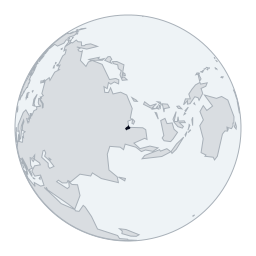 Thanh Hóa on an orthographic globe, rotated 300°
{"feature_id": "VNM-456", "entity_name": "Thanh Hóa", "entity_type": "Province", "adm_level": 1, "iso_a3": "VNM", "parent_name": "Vietnam", "parent_adm1": "", "projection": "orthographic", "projection_center": [105.367, 19.958], "detail": "medium", "context": "on_globe", "style": "filled", "palette": "ink", "viewbox_px": 256, "rotation_deg": 300, "n_neighbors": 0, "source": "natural_earth", "source_scale": "10m", "svg_char_len": 10853}
<svg xmlns="http://www.w3.org/2000/svg" viewBox="0 0 256 256"><g transform="rotate(300 128 128)"><circle cx="128" cy="128" r="113" fill="#eef3f6" stroke="#a8b0b8"/><path d="M232.4,167.1L232.2,167.8L232.4,167.1ZM180.9,28.5L179.2,27.8L180.3,29.9L184.3,32.7L180.5,30.7L190.6,37.9L193.6,42.0L188.0,36.2L185.6,34.7L186.5,36.6L184.3,35.6L183.4,36.1L180.7,34.8L177.7,31.9L175.9,31.1L176.6,32.6L174.3,32.5L173.5,30.4L169.5,30.1L163.7,26.0L163.8,22.7L158.3,20.6L152.4,18.0L150.7,17.7L147.6,17.1L156.3,19.0L164.7,21.5L172.9,24.7L180.9,28.5ZM145.3,16.7L144.1,16.5L145.3,16.7ZM141.7,16.2L142.3,16.3L141.5,16.3L139.6,16.1L139.1,15.9L139.9,16.0L138.8,15.9L141.7,16.2ZM135.5,15.6L135.3,15.6L135.0,15.6L135.5,15.6ZM232.2,85.3L232.2,85.2L232.2,85.3ZM232.1,85.1L232.2,85.3L232.1,85.1ZM232.3,85.5L232.2,85.1L232.2,85.3L232.3,85.5ZM232.1,85.3L232.0,85.2L231.8,84.7L232.1,85.3ZM187.7,35.2L186.9,34.2L188.4,35.5L187.7,35.2ZM183.8,36.4L184.7,37.1L183.9,37.1L183.8,36.4ZM179.0,35.2L177.4,35.1L178.5,34.6L179.0,35.2ZM176.1,34.8L172.2,35.0L173.9,36.4L167.0,32.8L172.6,33.6L173.7,32.7L174.4,33.9L176.1,34.8ZM143.3,16.5L142.4,16.3L144.9,16.7L143.3,16.5ZM145.1,16.7L153.8,18.5L154.2,18.9L151.2,18.1L153.1,18.9L149.0,18.2L147.1,17.6L147.6,17.4L145.6,17.3L145.1,16.7ZM163.8,31.0L162.4,30.8L163.3,30.5L163.8,31.0ZM141.3,16.3L143.0,16.5L143.5,16.8L140.2,16.4L141.1,16.4L141.3,16.3ZM155.6,19.6L155.4,19.9L152.0,19.3L151.5,19.4L149.0,18.2L155.6,19.6ZM140.1,16.3L138.5,16.3L136.6,16.0L139.7,16.1L140.1,16.3ZM145.1,17.1L145.1,17.3L144.0,17.0L145.1,17.1ZM128.9,15.5L131.0,15.5L131.4,15.7L128.9,15.5ZM138.0,16.3L138.7,16.4L139.1,16.5L137.6,16.5L138.0,16.3ZM146.8,18.0L145.4,17.8L147.6,18.5L145.2,18.3L144.0,17.6L143.5,17.8L142.7,17.7L142.6,17.3L146.8,18.0ZM137.4,16.9L135.0,16.2L131.1,16.0L130.7,15.8L137.0,16.2L137.4,16.9ZM140.5,17.1L138.5,16.9L138.9,16.7L140.5,16.7L140.5,17.1ZM144.0,18.4L148.0,18.9L148.2,19.1L144.0,18.4ZM136.2,16.8L136.8,17.0L135.9,16.8L136.2,16.8ZM141.5,17.9L142.9,18.0L143.0,18.2L141.5,17.9ZM136.8,17.3L136.1,17.1L137.1,17.0L136.8,17.3ZM138.9,17.6L138.7,17.8L138.0,17.2L139.5,17.6L138.9,17.6ZM141.4,18.1L141.9,18.2L140.8,18.0L141.4,18.1ZM133.2,17.8L132.0,17.0L134.4,16.8L135.2,17.6L133.2,17.8ZM39.7,58.0L38.9,60.6L38.2,62.1L34.7,66.3L30.9,76.8L33.9,74.1L34.0,81.4L36.4,83.9L43.5,75.8L39.7,71.3L42.6,66.3L48.5,66.0L52.3,70.5L53.6,68.7L54.1,62.7L58.0,60.7L54.7,60.4L53.8,62.7L51.6,62.7L52.3,60.7L53.7,59.9L53.4,58.1L47.0,62.4L45.4,65.2L42.7,63.3L39.8,67.9L38.0,69.0L42.2,61.7L44.1,59.6L49.4,51.1L47.2,53.0L42.1,61.3L42.3,60.1L39.2,63.2L41.8,59.9L48.0,50.9L47.6,49.7L42.9,54.2L51.6,45.3L50.4,46.5L53.0,44.2L58.1,39.8L56.8,41.1L58.6,39.8L57.9,40.8L61.5,39.1L61.6,40.0L67.3,36.6L68.1,36.8L64.5,38.6L62.0,40.6L62.7,43.6L64.0,43.3L67.7,41.0L67.4,42.4L70.9,39.8L73.3,40.8L73.2,37.6L77.5,35.4L81.3,34.8L82.7,33.6L76.5,34.6L74.0,35.7L71.9,37.4L65.2,40.3L64.0,40.0L71.0,35.1L70.1,34.3L75.9,31.3L89.2,29.5L92.6,30.5L89.1,36.6L85.8,37.4L85.5,35.5L81.9,39.2L84.0,37.9L83.8,39.2L87.8,37.8L87.9,38.7L91.7,36.1L92.2,37.0L89.8,38.6L96.1,37.9L98.3,39.6L99.7,39.1L100.7,38.0L102.8,41.2L103.8,40.7L103.4,39.4L105.1,37.6L109.0,35.9L109.5,37.1L108.2,37.9L106.2,41.6L102.6,43.8L103.3,44.2L106.5,42.6L108.9,38.0L111.0,36.6L110.4,38.7L110.8,37.8L112.0,37.5L113.7,38.5L114.7,36.2L127.6,32.7L132.2,34.6L130.2,36.6L139.7,36.6L144.2,39.4L143.9,38.1L148.3,37.7L146.9,36.7L147.1,36.1L157.7,35.4L160.6,36.5L164.9,35.4L164.7,34.9L162.8,34.0L167.0,32.8L173.9,36.4L173.9,37.4L178.3,39.2L177.7,41.6L179.2,44.6L176.0,46.6L177.5,49.1L179.1,49.6L182.2,53.6L183.4,60.8L175.7,52.8L172.6,43.1L173.2,46.7L171.1,45.4L170.1,46.5L170.7,49.3L172.0,49.9L162.7,53.0L160.3,60.8L165.4,60.7L168.6,63.3L170.2,73.8L160.7,87.7L164.8,92.7L165.1,96.0L161.5,97.8L161.0,93.1L157.4,91.2L157.6,88.4L151.7,90.3L151.8,86.5L147.2,90.1L148.9,93.3L154.1,92.8L150.0,98.0L155.3,103.7L155.9,110.4L147.0,121.9L137.9,125.0L137.3,127.1L133.8,124.5L129.0,128.4L135.6,140.7L135.4,144.2L127.6,150.2L127.4,147.6L117.9,140.7L116.1,148.7L123.3,156.0L125.8,164.0L120.2,161.2L117.7,154.1L114.3,151.4L115.3,144.4L112.6,133.6L107.0,135.0L107.5,130.8L103.0,121.4L94.9,123.2L82.1,132.5L80.3,143.1L75.9,147.0L70.9,130.2L71.3,119.6L67.8,119.7L64.0,109.5L52.6,105.2L52.5,102.2L50.0,102.6L47.6,98.6L48.0,93.8L45.8,93.0L45.2,105.8L47.7,106.6L51.8,103.5L51.1,107.7L53.6,112.7L45.5,120.2L31.1,122.5L32.2,114.3L34.2,89.4L35.5,87.3L35.6,87.1L35.8,86.6L33.4,89.7L34.6,85.1L30.8,101.4L29.1,107.9L30.8,122.9L30.0,123.8L31.3,127.3L38.6,127.9L38.1,130.5L33.1,140.7L25.3,152.1L27.8,163.8L29.7,172.8L28.0,175.9L31.5,183.3L31.1,184.2L33.2,188.1L34.7,191.1L35.2,191.8L30.9,185.1L27.1,178.1L23.8,170.8L21.1,163.4L18.8,155.7L17.1,147.9L16.0,140.1L15.4,132.1L15.4,124.2L16.0,116.2L17.1,108.3L18.8,100.6L21.0,92.9L23.7,85.4L27.0,78.2L30.7,71.2L35.0,64.4L39.7,58.0ZM53.9,80.4L57.8,83.1L60.5,76.4L62.2,77.0L62.5,74.7L60.6,76.0L61.9,69.9L65.2,69.3L67.0,66.8L65.8,65.8L59.5,67.9L57.6,76.4L54.8,78.2L53.9,80.4ZM68.7,32.6L67.0,33.7L65.1,34.9L65.1,34.6L67.9,32.9L68.7,32.6ZM65.1,35.3L72.1,31.0L72.4,31.3L71.0,31.8L70.5,32.4L68.2,33.4L61.7,38.2L59.6,39.6L60.7,37.8L61.5,37.5L63.1,36.2L65.1,35.3ZM89.2,22.5L92.2,21.4L89.0,23.3L86.6,24.1L86.3,23.7L89.1,22.5L89.2,22.5ZM130.6,15.4L130.9,15.4L137.2,15.7L137.2,15.9L135.6,15.9L134.1,15.8L134.5,15.7L132.2,15.7L131.7,15.5L129.9,15.5L124.1,15.4L130.6,15.4ZM112.5,16.4L112.4,16.5L114.6,16.2L115.2,16.2L113.2,16.4L116.6,16.1L120.2,16.2L125.1,16.0L126.6,16.2L124.6,16.4L127.5,16.5L124.8,16.9L125.8,17.1L124.1,18.0L119.8,18.4L121.2,18.6L120.1,19.5L116.5,20.1L117.6,19.3L112.9,20.7L112.3,19.9L111.8,20.1L110.0,19.8L106.9,20.0L107.2,19.6L105.9,19.9L104.7,19.9L102.9,20.1L102.8,19.6L100.7,20.0L101.9,19.6L98.3,20.4L100.9,19.6L99.6,19.7L97.7,20.4L101.0,18.6L112.5,16.4ZM132.6,18.0L127.6,18.3L124.8,18.2L128.8,16.8L128.3,16.6L130.8,16.1L134.8,16.4L133.7,16.5L132.4,16.5L133.2,16.8L131.8,17.0L132.1,17.3L130.3,17.3L132.6,18.0ZM39.5,61.2L39.3,61.9L39.5,62.6L37.6,64.7L39.5,61.2ZM43.6,55.0L41.1,58.2L41.3,57.5L43.6,55.0ZM46.1,52.9L44.0,54.9L45.2,53.4L46.1,52.9ZM64.8,38.8L65.3,39.0L64.4,39.6L63.2,40.2L64.8,38.8ZM102.3,25.2L103.4,24.4L104.1,24.4L107.8,23.3L108.5,23.9L106.5,24.9L102.3,25.2ZM41.6,76.5L39.6,77.5L39.8,76.3L40.5,76.2L41.6,76.5ZM37.5,70.7L37.4,73.2L37.0,71.3L37.5,70.7ZM103.7,25.7L105.2,25.1L104.6,25.8L103.7,25.7ZM109.3,24.4L109.0,25.1L109.1,23.9L109.3,24.4ZM83.8,227.9L86.1,229.1L84.6,228.8L83.8,227.9ZM39.1,177.1L41.1,191.0L38.4,189.4L35.7,184.4L33.5,175.5L35.9,174.6L36.5,171.0L39.1,177.1ZM154.1,182.4L157.5,182.8L157.3,183.3L154.1,182.4ZM150.6,180.8L154.5,180.9L149.9,181.8L150.6,180.8ZM156.0,181.0L159.9,180.0L161.6,179.2L161.3,180.2L156.0,181.0ZM148.0,180.8L133.7,180.4L128.0,178.8L129.3,177.1L138.5,178.0L148.0,180.8ZM128.9,177.0L120.2,171.5L108.4,155.6L112.6,156.2L125.0,166.2L124.2,167.7L129.5,172.0L128.9,177.0ZM149.9,168.5L149.0,173.1L141.1,172.5L137.5,171.7L135.0,165.6L136.4,162.6L139.4,162.8L150.8,152.6L154.8,155.2L151.3,159.6L154.5,163.7L149.9,168.5ZM80.7,144.2L83.0,151.0L80.6,151.6L80.7,144.2ZM155.4,145.2L150.8,149.8L155.0,143.7L155.4,145.2ZM157.9,139.4L158.2,141.8L156.3,139.5L157.9,139.4ZM137.2,130.4L134.1,130.8L134.0,129.1L138.0,127.6L137.2,130.4ZM156.3,116.2L156.3,121.1L155.7,122.8L154.3,119.8L156.3,116.2ZM111.8,32.5L105.8,33.2L101.9,34.6L100.4,36.6L99.9,34.3L105.9,32.1L111.8,32.5ZM125.6,32.5L126.8,31.0L128.0,31.7L127.9,32.1L125.6,32.5ZM125.1,31.6L123.4,29.9L125.2,29.1L126.2,30.6L125.1,31.6ZM113.3,27.2L111.5,27.3L112.0,26.6L113.3,27.2ZM206.1,208.9L206.4,208.9L203.2,211.9L199.2,215.2L196.4,217.2L206.1,208.9ZM181.2,222.1L182.2,219.6L186.0,218.6L183.5,221.1L181.2,222.1ZM208.8,206.2L211.7,203.1L213.9,200.0L212.3,202.5L213.3,201.6L207.0,208.3L208.8,206.2ZM170.0,212.8L148.2,219.5L143.6,218.9L145.3,216.4L142.0,208.8L143.6,209.0L143.2,203.6L156.3,198.5L165.9,189.0L172.7,189.2L178.2,182.1L185.0,182.0L182.6,187.5L189.3,190.3L194.8,177.7L197.9,189.8L202.1,193.3L202.1,200.5L190.8,214.1L185.3,217.2L184.7,216.4L182.3,217.9L179.2,217.9L178.4,214.5L176.0,215.9L178.7,212.8L175.1,215.7L173.9,213.4L170.0,212.8ZM218.3,183.2L219.1,183.2L219.9,184.8L218.7,184.9L218.3,183.2ZM230.4,170.8L230.5,171.5L229.8,172.3L230.4,170.8ZM232.1,167.9L231.3,168.9L232.4,167.1L232.1,167.9ZM223.5,174.4L223.8,175.0L223.4,175.5L223.5,174.4ZM223.2,174.3L223.9,172.9L223.6,174.1L223.2,174.3ZM220.1,168.8L220.6,168.0L220.8,168.4L220.1,168.8ZM162.4,182.8L167.2,179.1L169.7,178.7L162.4,182.8ZM219.4,167.6L218.2,167.9L218.3,167.1L219.4,167.6ZM219.6,166.0L219.5,165.0L220.2,167.1L219.6,166.0ZM217.2,164.4L218.7,165.8L217.0,164.7L217.2,164.4ZM216.2,164.9L215.1,164.4L215.2,164.1L216.2,164.9ZM202.3,168.9L206.7,174.0L203.0,174.5L198.8,171.5L195.3,175.4L187.5,175.7L189.3,173.4L188.4,170.2L180.1,169.6L178.4,167.5L181.4,165.9L175.9,164.5L181.9,163.2L184.4,167.4L187.8,163.7L193.6,164.0L199.1,164.9L203.4,167.5L202.3,168.9ZM181.9,172.8L182.9,172.8L181.9,174.1L181.9,172.8ZM212.9,162.5L214.5,164.3L214.3,164.8L213.5,164.7L212.9,162.5ZM204.4,166.6L209.0,162.3L210.1,162.1L207.0,166.7L204.4,166.6ZM208.0,160.1L210.1,160.2L211.2,162.1L210.7,162.7L208.0,160.1ZM169.5,169.5L169.2,170.7L167.6,169.8L169.5,169.5ZM171.5,168.7L176.3,169.8L171.1,169.7L171.5,168.7ZM156.8,164.7L158.2,167.6L162.8,165.7L159.3,168.4L162.3,173.1L161.3,174.9L158.3,169.8L157.1,175.2L155.1,175.1L154.1,170.5L156.1,164.9L158.1,162.6L166.3,161.5L156.8,164.7ZM171.5,165.1L170.2,161.8L171.2,159.5L172.6,161.2L171.5,165.1ZM166.4,153.7L162.9,149.7L159.8,151.3L166.1,145.6L168.4,150.3L166.4,153.7ZM163.4,145.0L160.5,146.4L163.4,143.1L163.4,145.0ZM159.7,145.0L159.3,142.3L161.6,142.6L159.7,145.0ZM164.9,145.1L165.4,140.3L166.6,143.1L164.9,145.1ZM158.2,136.0L163.3,140.6L156.8,138.7L156.3,129.6L159.0,129.3L158.2,136.0ZM172.0,99.5L171.2,96.9L173.6,96.3L173.5,98.2L172.0,99.5ZM180.7,92.9L174.0,95.4L168.4,97.8L170.3,98.9L169.3,103.2L166.4,99.2L170.0,94.5L174.3,93.5L174.6,89.9L177.6,87.5L176.5,83.2L177.7,81.4L180.0,85.1L180.7,92.9ZM175.8,81.4L175.0,74.0L179.7,75.0L180.9,76.8L179.3,79.7L177.0,79.0L175.8,81.4ZM176.2,72.6L173.9,72.0L167.9,61.6L167.8,59.8L174.8,67.7L173.0,67.5L173.7,70.0L176.2,72.6ZM163.0,31.4L162.4,30.8L163.7,31.3L163.0,31.4ZM146.3,35.6L146.7,34.9L148.1,35.4L146.3,35.6ZM148.7,33.2L146.8,33.1L148.6,32.6L148.7,33.2ZM142.6,33.2L145.9,32.8L143.0,33.9L142.6,33.2Z" fill="#d9dde1" stroke="#a8b0b8" stroke-width="1"/><path d="M126.4,126.9L126.5,126.9L126.6,126.7L126.8,126.8L127.0,126.8L127.0,126.7L127.2,126.8L127.4,126.8L127.5,126.8L127.9,127.0L128.2,127.2L128.3,127.2L128.7,127.5L128.8,127.6L129.0,127.7L129.1,127.8L129.3,127.8L129.2,127.9L129.2,128.0L129.0,128.3L128.9,128.4L129.0,128.3L129.0,128.5L128.9,128.5L128.8,128.8L128.8,129.0L128.8,129.3L128.7,129.3L128.5,129.2L128.4,129.1L128.2,129.0L128.1,128.9L127.9,128.8L127.8,128.7L127.7,128.5L127.6,128.4L127.7,128.2L127.4,128.0L127.2,127.9L127.3,127.8L127.2,127.7L126.9,127.5L126.7,127.5L126.7,127.4L126.7,127.2L126.3,127.1L126.2,127.1L126.3,126.9L126.4,126.9Z" fill="#0f172a" stroke="#020617" stroke-width="1.5"/></g></svg>